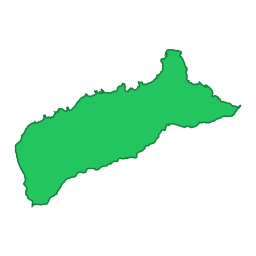 Nossa Senhora Do Livramento, Ribeira Grande, Cabo Verde
{"feature_id": "66160863B28688334871687", "entity_name": "Nossa Senhora Do Livramento", "entity_type": "district", "adm_level": 2, "iso_a3": "CPV", "parent_name": "Cabo Verde", "parent_adm1": "Ribeira Grande", "projection": "mercator", "projection_center": [-25.107, 17.182], "detail": "fine", "context": "isolated", "style": "filled", "palette": "green", "viewbox_px": 256, "rotation_deg": 0, "n_neighbors": 0, "source": "geoboundaries", "source_scale": "gbopen_adm2", "svg_char_len": 5676}
<svg xmlns="http://www.w3.org/2000/svg" viewBox="0 0 256 256"><path d="M240.6,106.0L240.4,105.5L240.2,105.4L239.0,106.6L237.8,107.1L237.2,107.1L235.4,106.1L233.8,106.1L232.7,105.8L232.1,105.6L231.1,104.4L229.5,103.4L227.0,103.1L225.3,102.2L220.8,101.4L220.1,99.8L220.1,99.3L220.0,99.1L219.1,99.1L218.6,98.7L218.2,97.4L217.8,97.1L217.5,97.5L217.1,96.6L216.7,96.3L216.1,96.2L215.6,95.8L215.0,95.7L214.4,95.9L213.2,96.6L212.3,96.5L212.1,96.2L212.5,94.8L212.7,92.7L212.0,90.6L210.8,88.9L209.2,87.4L207.9,86.8L207.6,86.1L206.4,85.3L205.7,85.1L205.4,85.4L205.7,87.7L204.8,86.4L202.8,85.2L202.0,85.1L201.1,84.0L200.7,83.1L199.7,83.3L199.5,82.2L199.2,82.4L199.2,83.4L198.1,84.1L197.5,83.9L197.2,84.1L193.3,84.4L191.8,83.5L191.4,82.9L190.8,83.2L189.2,82.3L189.0,81.6L189.0,81.0L188.7,80.8L188.0,81.0L187.6,80.7L186.8,79.5L186.7,79.0L186.7,78.1L187.2,76.8L186.7,74.4L186.0,73.7L185.9,71.4L187.0,70.4L186.9,70.1L186.6,69.9L187.0,68.8L186.8,67.8L186.2,67.6L185.4,66.3L184.8,65.7L184.9,65.1L184.4,64.3L184.5,63.4L184.3,62.6L181.7,57.3L181.4,57.0L180.5,56.7L180.0,55.6L179.9,54.4L181.0,53.9L181.2,52.0L178.0,50.5L176.0,50.9L174.4,50.2L173.1,49.9L169.8,49.8L167.8,49.9L167.2,50.2L165.6,52.8L165.7,53.7L165.4,54.8L166.1,54.6L166.7,53.9L167.3,54.0L166.4,55.4L166.7,56.4L165.2,57.3L164.6,58.9L164.1,59.6L163.5,59.6L163.4,58.9L162.2,58.7L161.2,59.4L160.9,60.3L161.0,61.2L162.7,63.7L162.9,64.4L162.5,65.4L162.7,66.2L162.5,67.6L163.0,69.1L162.5,70.5L161.9,71.4L160.9,71.9L160.6,73.1L160.1,73.7L159.0,74.7L158.2,74.9L157.9,75.3L156.9,75.4L156.9,75.9L157.6,77.3L157.4,77.5L156.6,77.4L156.4,77.7L156.5,78.0L155.7,78.3L155.1,79.2L154.1,80.0L153.4,80.9L150.7,82.6L148.0,83.4L145.7,84.5L144.4,84.2L143.3,84.6L143.0,84.6L142.7,84.2L142.5,82.9L142.1,82.2L141.7,82.1L140.1,82.7L138.5,81.9L138.5,82.4L139.3,85.1L139.5,86.4L138.7,87.0L137.8,87.0L137.8,87.5L137.1,88.9L136.0,89.7L134.5,89.9L133.5,89.6L132.2,88.2L131.1,88.7L130.5,88.2L129.5,89.8L128.5,90.2L128.1,91.4L127.7,91.5L125.9,91.1L125.0,90.0L124.8,89.1L124.9,88.0L125.3,86.6L124.6,85.3L124.6,84.1L124.2,83.8L123.5,83.8L122.9,83.5L122.6,83.7L121.1,86.1L120.7,86.3L119.5,86.1L119.0,86.5L117.9,87.4L117.4,89.3L116.5,91.0L115.7,91.3L115.2,91.4L114.2,91.1L113.9,91.3L113.8,92.0L112.5,91.9L110.3,93.0L107.9,92.9L103.9,92.4L103.6,92.1L103.6,91.1L103.4,90.8L102.8,90.4L102.6,91.0L102.2,91.1L102.2,90.5L101.5,89.5L101.3,89.9L101.7,90.5L101.6,91.6L102.5,91.7L102.8,92.3L102.5,93.2L101.9,93.5L100.9,93.3L100.2,92.1L99.7,91.8L99.2,93.2L98.6,93.4L97.6,92.7L96.7,90.9L96.4,90.9L96.3,91.6L95.3,91.4L94.9,91.0L94.8,91.3L94.8,91.7L96.0,93.3L96.0,94.1L94.3,95.1L93.0,95.3L91.7,96.1L90.2,96.4L87.4,95.9L87.4,94.9L86.1,94.3L86.2,94.7L85.4,95.1L84.8,96.0L83.7,97.0L83.3,97.3L82.3,97.3L80.1,99.1L78.5,101.4L77.5,102.2L74.9,106.2L72.2,109.0L71.0,110.1L70.0,110.5L69.5,110.5L69.2,110.3L68.8,109.3L68.1,109.3L68.4,108.0L67.9,107.3L67.3,107.3L67.0,107.5L66.9,108.0L67.6,109.9L67.4,110.2L66.8,110.3L66.7,111.1L66.4,111.3L65.4,111.3L64.8,111.0L62.4,109.1L61.6,108.8L59.1,108.8L58.4,109.3L58.7,110.6L58.3,111.6L57.9,111.2L57.3,111.2L57.3,111.6L57.7,111.7L57.7,111.9L56.1,112.8L55.8,112.1L54.9,112.0L55.5,112.7L55.4,113.1L54.2,114.7L53.6,116.7L51.4,117.0L50.9,117.3L50.6,118.0L49.2,117.3L48.8,117.5L48.3,117.1L47.9,117.5L47.6,117.5L47.2,117.6L46.6,117.9L45.8,117.2L45.2,115.3L44.4,115.3L43.6,115.9L44.1,117.0L44.2,117.5L43.7,118.6L43.9,119.0L43.8,119.3L41.4,121.0L38.8,121.9L36.0,123.3L35.0,121.9L34.9,122.4L32.9,123.1L32.4,123.5L31.4,123.6L27.4,126.7L27.0,128.3L26.0,128.9L25.1,131.2L23.8,133.4L22.7,134.8L21.7,135.4L22.0,136.8L21.2,139.4L20.7,140.2L20.6,140.7L15.9,144.8L15.4,145.7L15.4,146.0L15.6,146.7L15.7,148.0L15.6,151.3L15.8,152.3L16.4,152.9L16.8,156.6L17.7,159.4L17.7,160.2L18.3,162.6L19.5,165.0L19.9,166.7L20.6,167.5L20.9,168.7L22.6,171.4L23.2,173.1L24.2,174.1L24.6,175.1L24.8,177.0L25.3,178.4L25.5,180.1L24.6,182.4L23.8,183.5L23.7,184.0L25.6,186.3L26.3,186.9L26.8,188.5L26.1,190.6L25.9,191.8L25.8,193.0L25.9,194.6L27.9,196.8L27.8,198.0L28.2,198.4L30.0,199.8L31.9,200.4L32.2,200.9L32.6,203.5L32.2,204.7L32.3,206.2L33.2,205.2L33.9,204.7L34.8,204.4L38.9,204.4L39.8,204.7L41.3,204.8L43.4,204.1L44.9,204.2L46.7,204.1L48.2,202.0L49.7,198.4L50.5,197.5L52.1,196.5L53.5,196.0L55.2,194.6L56.7,194.1L57.7,190.8L58.6,190.3L59.3,188.9L60.6,187.1L62.3,183.3L63.3,182.8L64.2,182.0L65.7,179.8L67.6,178.5L70.5,177.9L71.2,177.4L71.3,177.0L72.0,176.7L72.8,177.2L75.1,176.6L76.0,175.7L76.6,174.2L78.2,172.5L79.6,172.2L81.2,172.1L82.7,172.8L85.6,172.4L86.3,170.9L86.6,169.6L87.1,169.0L88.1,168.5L93.0,168.4L95.0,168.9L95.2,169.7L96.7,169.8L97.7,169.6L98.8,169.2L100.5,167.5L101.8,166.7L103.5,166.2L107.4,165.6L107.9,164.3L109.0,163.9L110.3,164.1L111.1,163.7L112.1,162.4L113.2,161.6L115.3,161.2L117.1,161.4L117.8,161.0L118.4,159.0L119.1,158.4L120.0,158.3L124.0,158.8L124.5,158.3L127.8,158.2L129.2,157.4L132.6,157.3L135.4,157.9L136.7,157.2L136.7,154.3L137.7,152.7L139.1,151.9L140.3,151.6L142.5,150.7L144.8,148.4L145.2,146.7L145.7,145.8L148.7,145.6L149.5,144.2L153.0,143.3L154.3,142.6L155.3,141.3L155.6,140.2L157.5,138.0L158.6,137.3L158.9,133.7L160.2,133.1L161.6,130.5L162.8,129.7L163.6,129.8L164.0,130.3L165.0,130.2L165.4,129.5L165.7,127.4L166.2,126.0L167.9,124.5L169.0,125.4L169.8,124.2L170.5,123.9L173.3,123.7L184.4,127.3L185.2,127.1L185.9,126.6L186.8,126.3L188.0,126.2L188.6,126.2L190.7,127.5L194.0,126.9L196.1,126.1L198.2,124.4L199.7,122.3L201.8,123.0L202.9,122.2L204.0,122.1L205.2,122.6L208.4,122.8L211.2,122.0L212.3,121.2L213.9,121.2L216.9,119.0L219.0,118.5L219.7,117.9L221.1,117.8L221.5,117.0L222.3,116.5L225.2,116.2L227.7,116.4L232.0,116.0L233.0,115.0L234.1,114.4L235.5,111.6L236.7,110.8L237.3,108.7L238.4,108.3L240.6,106.0Z" fill="#22c55e" stroke="#15803d" stroke-width="1.5"/></svg>